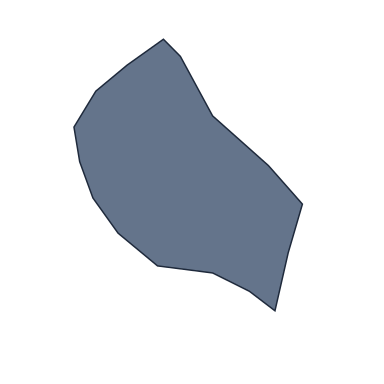 Maratha, Cyprus (orthographic projection), rotated 148°
{"feature_id": "46923920B5435388082406", "entity_name": "Maratha", "entity_type": "district", "adm_level": 2, "iso_a3": "CYP", "parent_name": "Cyprus", "parent_adm1": "", "projection": "orthographic", "projection_center": [33.779, 35.208], "detail": "fine", "context": "isolated", "style": "filled", "palette": "slate", "viewbox_px": 384, "rotation_deg": 148, "n_neighbors": 0, "source": "geoboundaries", "source_scale": "gbopen_adm2", "svg_char_len": 372}
<svg xmlns="http://www.w3.org/2000/svg" viewBox="0 0 384 384"><g transform="rotate(148 192 192)"><path d="M135.3,336.7L179.7,334.0L220.1,328.5L257.7,309.6L271.2,277.2L279.2,239.4L276.5,196.2L260.4,147.6L217.4,112.4L195.9,77.3L184.6,47.3L142.6,89.5L104.8,123.2L113.2,173.9L134.2,245.6L130.0,313.2L135.3,336.7Z" fill="#64748b" stroke="#1e293b" stroke-width="1.5"/></g></svg>